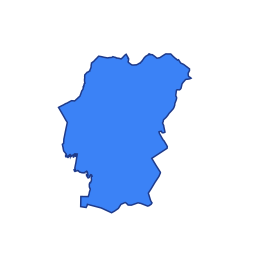 the district of Vermes, Caras-Severin, Romania, rotated 324°
{"feature_id": "2599482B13425405554556", "entity_name": "Vermes", "entity_type": "district", "adm_level": 2, "iso_a3": "ROU", "parent_name": "Romania", "parent_adm1": "Caras-Severin", "projection": "albers", "projection_center": [21.625, 45.523], "detail": "fine", "context": "isolated", "style": "filled", "palette": "blue", "viewbox_px": 256, "rotation_deg": 324, "n_neighbors": 0, "source": "geoboundaries", "source_scale": "gbopen_adm2", "svg_char_len": 5477}
<svg xmlns="http://www.w3.org/2000/svg" viewBox="0 0 256 256"><g transform="rotate(324 128 128)"><path d="M94.1,196.6L98.0,202.7L99.3,203.2L101.9,203.3L103.4,202.7L103.5,200.6L104.2,198.3L106.2,192.6L110.9,190.8L117.7,187.9L124.6,185.3L127.9,183.3L128.2,182.6L128.7,174.5L129.4,166.5L147.7,167.4L148.9,166.1L149.2,163.9L149.6,159.5L149.4,158.3L149.7,155.2L150.2,150.9L150.8,149.3L151.4,149.4L153.0,150.2L152.9,152.0L154.2,152.9L155.5,153.1L157.7,148.1L158.3,147.0L158.9,144.2L160.0,143.7L160.9,142.8L161.6,142.2L164.4,141.9L165.5,141.7L167.7,141.1L169.8,140.3L172.9,139.7L176.0,139.0L177.5,138.2L179.2,137.0L180.3,135.7L183.7,133.5L185.0,132.3L185.2,131.9L185.4,131.4L185.4,130.9L185.4,130.5L186.2,129.2L187.5,127.9L188.7,126.6L189.5,125.9L190.3,126.0L192.1,127.4L193.1,127.4L194.3,127.0L197.6,124.1L199.3,123.5L202.0,122.9L202.7,122.7L203.3,122.7L203.8,122.9L205.2,123.7L206.4,124.3L207.3,124.6L208.3,124.8L208.2,124.0L207.3,122.0L207.8,120.6L208.9,119.0L211.5,117.7L212.5,116.3L210.4,109.3L208.8,106.4L209.0,102.5L207.9,102.2L207.8,101.7L207.7,100.8L207.5,100.5L207.5,100.2L207.3,99.8L206.6,96.6L206.1,93.3L205.9,93.1L203.7,91.5L202.2,90.3L200.8,90.1L195.0,89.8L192.5,88.6L192.4,88.4L191.7,85.7L191.0,83.6L190.8,83.0L190.0,82.3L189.2,81.8L189.0,81.6L188.9,81.5L189.1,81.2L188.8,80.9L188.9,80.7L188.4,80.4L188.2,80.7L187.8,80.9L187.5,80.6L187.2,80.7L184.3,80.4L183.7,80.5L183.1,80.7L181.8,80.9L181.4,81.1L181.0,81.3L179.4,81.8L178.9,82.1L178.3,82.0L176.0,82.7L175.8,82.6L175.6,82.3L175.3,82.3L173.7,82.2L172.8,82.0L172.2,82.0L169.2,80.1L168.6,79.6L168.1,79.1L167.9,78.4L167.7,78.1L167.0,75.5L166.9,74.7L167.0,74.5L167.8,73.9L168.9,72.8L169.0,72.6L169.0,72.4L169.1,72.5L169.2,72.4L169.2,72.1L169.3,71.7L169.5,70.5L169.7,68.5L169.9,67.3L169.4,67.2L168.0,67.3L167.8,67.4L167.4,67.4L164.9,67.9L163.5,68.0L163.1,68.1L162.9,68.0L162.6,67.5L162.3,67.1L161.7,66.5L161.6,66.3L161.6,66.2L161.3,66.1L161.0,65.7L160.7,65.3L160.1,65.1L159.8,64.3L159.6,64.2L159.5,63.7L158.3,62.3L157.7,61.4L156.4,61.4L155.3,60.7L155.0,60.6L154.7,60.3L154.0,59.9L153.0,59.5L152.5,59.1L150.1,56.6L149.7,56.1L148.3,54.5L147.0,53.2L146.6,52.7L146.4,52.7L145.0,52.9L143.2,53.3L142.6,53.3L140.6,53.7L139.1,54.0L138.3,53.9L136.6,54.0L136.5,54.3L135.0,55.6L134.9,55.9L134.7,56.2L133.5,57.4L130.9,59.0L130.7,59.4L129.9,59.2L128.8,59.3L128.2,59.1L127.9,58.9L124.3,59.6L123.1,61.0L122.7,61.7L121.8,62.7L121.6,63.0L121.4,63.1L121.2,63.4L120.3,64.7L119.8,65.8L119.5,66.3L119.4,66.2L118.9,66.3L118.4,66.7L117.8,67.3L117.2,67.5L117.1,67.9L116.9,68.1L116.1,68.7L115.8,68.9L115.7,68.7L115.5,69.0L114.7,69.9L114.4,70.0L113.8,70.4L112.7,70.7L112.0,71.1L110.6,72.1L110.3,72.3L109.8,72.7L109.4,72.9L108.8,73.3L108.2,73.8L107.9,73.9L107.1,74.1L106.4,74.1L106.0,74.1L105.4,74.2L104.9,74.3L104.5,74.5L103.6,74.4L101.6,74.7L100.7,74.7L98.5,72.8L98.1,72.7L97.2,72.5L96.0,72.4L95.1,72.2L93.6,72.1L91.8,71.6L89.6,71.4L86.7,70.9L83.9,70.5L83.4,75.4L82.8,81.2L82.3,85.5L82.3,86.9L82.2,87.2L82.1,87.9L78.2,91.4L74.9,94.4L69.6,99.3L68.2,101.0L66.8,102.6L66.7,102.6L65.3,102.6L64.1,105.2L63.8,106.2L63.5,106.4L62.5,108.8L62.7,113.0L62.3,113.4L61.9,113.3L61.6,113.3L61.6,113.6L61.5,114.0L60.9,114.2L60.8,114.8L60.9,115.0L61.1,115.0L61.5,114.7L61.8,114.6L62.0,114.7L62.3,115.0L62.0,115.7L62.0,116.0L62.0,116.3L62.1,116.6L62.3,116.6L62.5,116.5L62.9,116.2L63.1,115.6L63.3,115.4L63.5,115.4L63.5,115.7L63.5,116.1L63.7,116.3L63.9,116.2L64.5,115.6L65.0,115.3L65.3,115.3L65.6,115.4L65.6,115.5L65.6,116.0L64.9,116.6L64.6,117.1L64.5,117.3L64.8,117.1L65.0,117.1L65.1,117.3L65.3,117.7L65.6,117.7L65.9,117.2L66.1,117.1L66.4,117.3L67.4,117.5L67.5,117.6L67.4,117.9L67.0,118.6L66.7,119.4L66.8,119.5L67.3,119.5L67.7,119.3L67.8,119.0L67.7,118.3L67.8,118.0L68.0,117.7L68.5,117.6L68.7,118.0L68.2,118.6L68.2,118.9L68.7,119.4L68.9,120.0L69.1,120.3L69.3,120.3L69.4,120.2L69.3,119.7L69.3,119.0L69.2,118.2L69.3,117.9L69.6,117.6L69.9,117.6L70.1,117.7L70.2,117.9L70.1,118.2L69.8,119.4L69.9,119.6L70.1,119.6L70.3,119.5L70.5,118.8L70.7,118.7L70.8,118.6L71.0,118.7L71.2,118.8L71.2,119.1L71.6,119.3L65.5,125.4L63.3,127.4L61.7,128.9L61.5,129.1L61.4,129.2L61.3,129.5L61.2,129.9L61.1,130.5L60.9,130.7L59.9,130.0L59.7,130.1L59.7,130.8L59.4,131.4L59.6,131.8L59.6,132.0L59.9,132.1L60.6,132.0L61.2,132.6L61.6,132.8L62.1,132.7L62.6,133.2L62.7,133.3L62.7,133.6L62.7,133.9L62.8,134.5L63.1,135.3L63.1,135.5L63.5,135.8L63.8,136.3L64.4,137.1L64.9,137.5L65.2,137.6L65.3,137.9L65.6,138.1L65.8,138.3L66.1,138.3L66.3,138.4L66.7,138.9L67.0,138.6L67.5,138.5L67.8,138.5L68.5,138.7L69.1,138.6L69.2,138.8L69.3,139.1L69.2,139.3L68.9,139.4L68.8,139.6L69.1,140.2L68.9,140.4L68.6,140.5L68.5,140.8L68.4,141.1L68.5,141.7L68.4,141.9L68.2,141.9L67.9,141.8L67.9,141.7L67.6,141.5L67.2,141.4L67.2,141.7L67.3,142.2L67.2,142.1L66.5,142.1L66.4,142.3L66.6,142.6L66.5,142.8L66.5,143.7L66.3,144.0L66.4,144.5L66.3,144.8L66.6,145.1L67.1,145.2L67.4,145.2L67.9,145.0L68.5,144.6L68.9,144.4L69.1,144.5L69.4,144.5L69.4,144.3L69.5,144.1L70.4,143.8L70.6,144.0L70.8,144.3L70.9,144.6L70.9,145.1L70.4,145.8L70.4,146.0L69.8,145.9L69.3,146.3L68.9,146.8L68.5,147.6L68.2,148.2L67.8,148.6L67.2,149.2L66.4,149.7L65.8,149.9L65.4,149.8L65.3,150.2L64.9,150.1L64.5,150.1L63.6,150.8L62.0,153.1L62.0,153.6L61.7,154.2L61.8,154.6L61.6,155.2L61.0,155.8L59.3,157.0L57.6,158.6L55.5,160.1L49.6,155.7L43.5,163.8L47.4,167.7L49.5,166.6L50.3,165.9L59.3,176.9L64.9,186.9L68.2,187.3L72.9,187.4L77.4,185.6L81.9,186.6L82.4,187.7L82.7,189.4L82.8,190.4L85.4,192.4L92.1,194.4L94.1,196.6Z" fill="#3b82f6" stroke="#1e3a8a" stroke-width="1.5"/></g></svg>